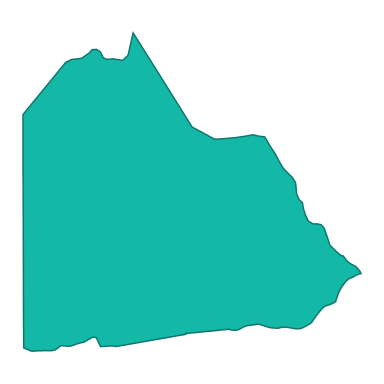 Barre De L'Isle, Castries, Saint Lucia (Equal Earth projection)
{"feature_id": "8701671B51325698675387", "entity_name": "Barre De L'Isle", "entity_type": "district", "adm_level": 2, "iso_a3": "LCA", "parent_name": "Saint Lucia", "parent_adm1": "Castries", "projection": "equal_earth", "projection_center": [-60.956, 13.925], "detail": "fine", "context": "isolated", "style": "filled", "palette": "teal", "viewbox_px": 384, "rotation_deg": 0, "n_neighbors": 0, "source": "geoboundaries", "source_scale": "gbopen_adm2", "svg_char_len": 5576}
<svg xmlns="http://www.w3.org/2000/svg" viewBox="0 0 384 384"><path d="M133.1,32.9L128.4,53.8L128.0,55.4L125.3,57.9L122.6,60.4L113.0,58.8L107.2,59.4L104.1,58.1L103.3,57.8L102.8,56.8L100.5,52.0L96.6,49.4L92.0,49.7L90.9,51.1L89.4,52.9L81.9,58.1L81.6,58.2L77.8,58.8L71.8,59.4L65.8,62.3L23.0,114.5L23.0,172.8L23.1,178.7L23.3,232.9L23.5,311.4L23.7,347.9L31.3,351.1L31.9,351.1L32.3,351.1L32.9,351.1L33.7,351.1L35.0,351.1L37.6,350.8L39.0,350.8L41.4,350.8L44.6,350.6L47.9,350.7L49.1,350.7L50.2,350.7L51.7,350.6L52.6,350.5L54.6,350.1L55.5,349.6L56.0,349.3L56.8,348.7L57.9,348.0L59.6,346.7L60.1,346.3L60.5,345.9L61.0,345.8L63.3,345.8L64.0,345.9L65.9,346.0L67.6,346.2L68.1,346.3L68.7,346.3L70.1,346.2L70.6,346.1L73.4,345.2L73.7,345.1L75.0,344.6L76.4,344.1L77.4,343.7L77.7,343.6L78.6,343.4L80.1,343.0L82.2,342.5L83.7,342.2L84.7,341.7L85.3,341.4L86.4,340.7L87.2,340.3L88.2,339.7L89.7,338.9L90.2,338.7L91.0,338.0L91.3,337.8L92.2,337.4L93.7,337.3L96.1,337.5L96.7,338.6L97.7,340.6L98.0,341.3L98.6,342.4L98.7,342.8L98.9,343.1L99.0,343.6L99.2,344.0L99.7,344.6L100.0,345.3L100.1,346.0L100.4,346.6L100.7,346.6L101.4,346.5L102.2,346.4L103.1,346.4L103.7,346.4L104.1,346.4L104.5,346.4L104.8,346.4L105.3,346.3L105.7,346.3L106.1,346.3L106.4,346.3L107.0,346.2L108.4,346.1L111.3,345.9L114.7,346.2L116.3,346.5L185.7,334.3L185.6,333.5L186.0,333.5L186.9,333.4L228.4,329.3L229.6,329.1L230.0,329.4L230.5,329.8L230.8,329.9L231.1,330.0L231.9,330.1L232.2,330.1L232.6,330.2L233.0,330.2L233.3,330.2L233.7,330.2L234.7,330.2L235.0,330.2L235.3,330.2L235.6,330.2L235.9,330.2L236.7,330.0L237.2,330.1L237.5,330.0L237.9,329.8L238.6,329.6L239.3,329.2L239.8,329.0L240.1,328.9L240.5,328.7L241.6,328.0L242.4,327.6L243.1,327.2L243.4,327.0L244.4,326.5L245.2,326.1L245.7,326.1L246.1,325.9L246.7,325.7L247.4,325.7L247.8,325.7L248.2,325.5L248.5,325.5L248.9,325.5L249.6,325.4L250.0,325.4L250.5,325.3L251.1,325.3L251.5,325.1L251.9,325.0L252.3,324.9L253.1,324.8L253.5,324.7L253.8,324.7L254.7,324.7L255.4,324.5L255.8,324.5L256.2,324.3L256.4,324.2L256.8,324.2L257.3,324.2L258.1,324.2L258.4,324.2L258.8,324.2L259.1,324.4L259.5,324.4L259.8,324.4L260.2,324.5L260.7,324.7L261.1,324.9L261.8,325.1L262.2,325.3L262.6,325.3L262.9,325.4L263.5,325.5L263.8,325.7L264.1,325.7L264.5,326.0L265.1,326.2L265.4,326.3L265.8,326.4L266.7,326.7L267.2,326.8L267.6,327.0L268.2,327.1L268.7,327.2L269.0,327.3L269.4,327.4L269.7,327.5L270.1,327.6L270.4,327.6L270.9,327.7L271.2,327.8L271.6,327.9L271.9,327.9L272.1,327.9L272.5,327.9L273.0,327.9L273.7,328.0L274.0,328.0L274.4,328.0L274.7,328.0L275.0,328.0L275.4,328.2L275.7,328.2L276.1,328.2L276.7,328.2L277.0,328.3L277.5,328.3L277.8,328.3L278.2,328.1L278.5,328.1L279.7,327.8L280.0,327.7L280.7,327.6L281.2,327.5L281.5,327.4L282.1,327.2L282.4,327.2L282.7,327.2L283.2,327.2L283.8,327.2L284.1,327.2L284.4,327.2L284.9,327.2L285.5,327.2L285.9,327.2L286.3,327.2L286.8,327.2L287.3,327.3L287.6,327.4L287.9,327.4L288.4,327.6L288.6,327.6L288.9,327.6L289.1,327.6L289.8,327.8L290.1,327.8L290.8,327.9L291.0,327.9L291.6,328.0L291.9,328.1L292.2,328.1L292.7,328.2L293.0,328.2L293.4,328.5L294.0,328.6L294.5,328.6L295.3,328.6L295.8,328.8L296.1,328.8L296.7,328.8L296.9,328.8L297.6,328.8L297.8,328.8L298.2,328.8L298.6,328.8L299.2,328.7L299.6,328.6L300.0,328.6L300.3,328.4L300.7,328.4L301.1,328.4L301.4,328.1L301.7,328.1L302.1,327.9L302.8,327.7L303.0,327.6L303.9,327.2L304.2,327.0L304.9,326.6L305.3,326.4L305.6,326.2L306.1,326.0L306.5,325.8L307.3,325.3L307.6,325.1L308.0,324.9L308.6,324.5L309.0,324.3L309.6,324.0L310.2,323.6L310.5,323.4L310.7,323.2L311.3,322.6L311.7,322.5L311.9,322.0L312.2,321.6L312.7,320.9L313.0,320.5L313.4,320.0L313.6,319.5L313.9,319.0L314.1,318.6L314.5,318.4L315.0,317.5L315.2,317.1L315.7,316.6L316.2,315.8L316.6,315.3L316.8,315.1L317.2,314.6L317.8,313.8L318.5,312.8L318.8,312.5L319.3,311.9L320.1,310.9L320.4,310.6L320.5,310.3L320.8,310.0L321.2,309.6L321.5,309.3L322.0,308.8L322.4,308.3L322.6,308.1L323.1,307.7L323.6,307.2L324.1,306.9L324.3,306.7L324.7,306.4L325.2,306.1L325.6,305.8L326.0,305.7L326.4,305.7L327.0,305.5L327.4,305.3L327.8,305.3L328.3,305.1L328.8,305.0L329.3,304.8L329.9,304.6L330.3,304.4L330.9,304.1L331.6,303.8L332.2,303.6L332.7,303.3L333.2,303.1L333.7,302.8L334.4,302.3L334.8,302.0L335.2,301.8L335.5,301.5L335.8,301.1L336.0,300.7L336.0,300.2L336.2,299.7L336.3,299.2L336.5,298.6L336.7,298.1L336.9,297.7L337.0,297.2L337.1,296.6L337.4,296.0L337.5,295.6L337.7,295.3L337.8,294.9L337.9,294.6L338.2,294.0L338.3,293.6L338.5,293.2L338.7,292.6L339.0,292.0L339.1,291.7L339.3,291.4L339.5,291.1L339.8,290.4L340.0,289.9L340.3,289.5L340.6,288.8L340.9,288.3L341.2,287.7L341.5,287.3L341.8,286.9L342.3,286.2L342.5,285.8L342.8,285.4L343.3,284.8L344.0,283.8L344.2,283.6L345.0,282.5L345.3,282.1L346.0,281.3L346.3,281.0L346.5,280.8L346.8,280.5L347.0,280.3L347.3,280.1L347.7,279.7L347.9,279.5L348.3,279.1L348.8,278.9L349.1,278.8L349.7,278.5L350.4,278.1L350.8,277.9L351.1,277.8L351.5,277.7L351.8,277.5L352.6,277.4L353.1,277.0L353.3,276.8L353.7,276.6L354.5,276.1L354.9,275.9L355.6,275.4L356.2,275.2L356.7,275.0L357.6,274.6L358.5,274.2L358.9,274.0L359.3,273.9L359.6,273.8L359.9,273.8L361.0,273.7L360.2,271.7L356.0,266.7L349.6,263.2L346.4,260.3L343.3,256.0L340.6,255.3L335.8,251.0L330.0,245.3L327.4,237.5L324.2,228.2L321.0,224.7L317.3,223.9L313.0,223.9L308.3,221.1L305.6,215.4L303.5,209.0L302.4,202.6L299.2,199.7L296.6,194.0L296.1,187.6L295.5,182.6L292.4,177.6L288.1,173.3L283.3,168.3L279.1,161.2L274.9,153.3L270.6,146.9L266.9,140.5L264.8,136.9L259.0,136.2L253.1,134.8L245.2,136.2L235.1,137.7L226.6,138.4L218.1,139.1L214.4,139.1L192.1,127.0L156.1,69.4L133.1,32.9Z" fill="#14b8a6" stroke="#0f766e" stroke-width="1.5"/></svg>